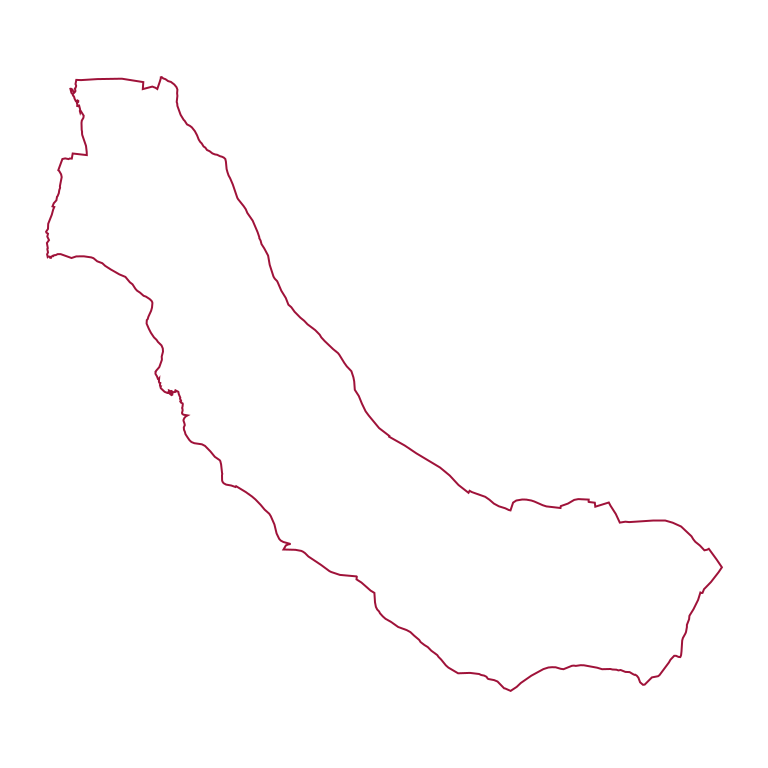 Dabaca, Cluj, Romania (orthographic projection)
{"feature_id": "2599482B33158001098606", "entity_name": "Dabaca", "entity_type": "district", "adm_level": 2, "iso_a3": "ROU", "parent_name": "Romania", "parent_adm1": "Cluj", "projection": "orthographic", "projection_center": [23.677, 46.974], "detail": "fine", "context": "isolated", "style": "outline", "palette": "rose", "viewbox_px": 768, "rotation_deg": 0, "n_neighbors": 0, "source": "geoboundaries", "source_scale": "gbopen_adm2", "svg_char_len": 5979}
<svg xmlns="http://www.w3.org/2000/svg" viewBox="0 0 768 768"><path d="M721.9,567.3L716.4,559.2L708.8,548.8L707.2,549.7L704.4,550.3L699.9,545.5L695.3,541.8L693.3,539.3L691.5,536.3L681.1,526.5L672.7,522.7L665.1,520.5L653.7,520.5L629.2,522.1L625.4,521.7L619.8,522.6L615.8,514.0L610.5,505.7L608.8,502.5L595.3,506.7L594.8,502.7L588.9,502.0L588.6,501.8L588.7,499.6L578.3,499.1L574.2,499.9L567.9,503.6L560.8,506.1L560.5,508.0L546.4,506.4L542.7,505.2L534.3,501.5L531.3,500.5L526.2,499.6L522.3,499.5L516.3,500.5L513.1,502.6L510.5,510.4L508.8,510.0L505.3,508.3L498.9,506.3L493.9,503.6L489.4,499.7L485.2,496.8L471.9,492.1L469.6,490.8L468.5,492.8L458.5,485.0L449.7,475.5L440.0,467.5L416.3,453.3L404.7,445.5L389.1,436.7L389.4,436.0L379.1,428.1L368.7,415.5L365.6,411.3L361.9,403.6L358.8,396.0L354.8,389.8L354.2,381.4L353.4,377.3L351.4,371.2L346.8,366.4L344.3,362.9L339.2,354.6L337.9,353.0L333.2,349.2L324.8,341.2L321.3,337.4L319.7,334.7L315.2,330.1L307.5,324.3L304.1,320.7L300.4,317.7L294.6,311.8L291.3,307.2L288.4,304.7L285.8,298.0L281.3,290.7L277.7,282.3L277.1,281.1L274.7,278.6L273.5,276.6L269.7,264.8L268.1,255.6L264.2,248.3L261.5,244.1L260.6,240.6L259.3,238.2L259.3,237.2L257.6,232.2L252.7,220.7L247.3,212.9L245.8,209.3L243.7,206.2L238.1,199.2L237.3,197.8L232.8,184.5L230.1,178.2L228.6,175.5L227.5,172.3L226.6,169.0L225.9,161.6L225.3,159.0L223.8,157.6L221.9,156.7L220.0,156.2L217.2,154.8L214.9,154.4L212.4,153.4L209.6,151.2L207.0,150.0L205.3,147.6L203.6,146.5L201.7,143.4L200.2,141.9L198.7,139.5L197.1,135.4L194.9,131.2L191.8,127.3L189.8,125.8L187.0,124.4L184.6,120.7L183.7,119.9L180.6,114.8L177.4,105.9L177.2,103.5L176.7,102.0L177.4,95.9L177.1,93.3L177.4,89.6L176.5,87.2L174.3,84.5L170.9,81.9L168.1,81.1L165.5,79.2L163.2,78.4L161.7,77.1L160.8,77.3L160.8,78.3L159.9,81.4L157.3,89.0L155.5,87.8L152.3,86.6L142.8,89.1L143.3,82.1L121.8,78.7L97.3,79.1L81.0,80.1L76.3,79.9L75.5,84.1L76.1,85.4L76.1,86.2L75.6,87.8L74.9,88.5L75.4,90.6L75.3,91.5L74.0,92.9L73.4,91.3L72.7,90.7L72.5,89.6L70.9,88.7L70.4,88.8L71.4,92.8L72.5,94.0L73.1,95.7L73.6,96.0L74.2,97.1L74.5,98.5L75.9,101.3L76.7,101.7L76.9,101.3L76.7,100.9L77.5,100.4L78.3,101.0L78.2,101.7L77.6,101.5L77.3,102.6L76.9,102.8L77.0,103.6L77.3,104.1L77.2,106.0L78.2,106.2L78.4,105.6L79.1,105.5L80.0,108.9L80.1,110.1L79.8,110.9L80.3,112.7L80.9,111.2L83.7,115.7L83.4,117.8L81.8,120.6L81.5,122.9L81.7,129.9L82.1,132.0L82.0,132.7L82.2,134.8L86.0,145.9L86.7,151.9L86.8,155.1L72.7,153.5L71.8,158.6L69.7,158.5L68.6,159.1L65.2,158.4L62.4,159.0L58.3,170.2L59.2,171.0L61.1,174.3L61.7,177.1L59.9,186.2L60.1,187.8L59.3,190.0L58.8,193.2L57.5,196.3L57.0,196.8L56.4,200.3L53.8,203.2L52.5,206.4L54.3,207.0L53.2,209.5L51.8,214.7L48.2,223.8L48.0,228.9L46.1,231.7L46.4,232.6L48.0,233.7L47.3,236.6L49.0,240.1L46.9,243.0L47.8,248.2L47.3,249.0L48.0,252.4L47.1,254.3L47.7,257.0L48.3,256.5L49.7,256.7L49.9,257.6L50.9,257.9L51.3,257.4L51.4,256.7L52.7,255.8L53.3,256.1L54.1,255.2L55.7,255.1L57.7,254.1L60.6,254.1L71.5,258.0L76.3,256.4L83.7,256.3L91.3,257.4L93.5,258.2L97.2,261.3L102.3,263.2L105.2,265.9L111.0,269.6L119.4,274.4L125.4,276.9L129.9,282.3L132.5,284.3L135.4,288.8L137.1,290.7L140.0,292.6L143.6,295.8L145.9,296.6L149.6,299.0L151.5,300.8L152.3,302.3L152.4,303.2L152.0,307.6L151.1,310.8L148.4,316.7L147.7,319.1L146.8,320.1L146.6,323.6L148.8,328.7L150.9,332.8L154.0,337.4L156.5,339.8L158.0,342.0L161.5,345.4L162.8,348.5L163.0,351.6L161.7,356.6L161.9,359.2L161.8,360.1L159.3,367.1L156.2,370.7L155.6,371.6L155.8,371.8L155.4,373.0L155.6,374.1L157.0,376.4L158.0,379.1L158.6,379.3L159.1,378.6L158.9,381.2L159.2,382.6L160.3,383.0L159.9,385.0L160.3,386.4L160.8,386.4L160.5,387.1L160.8,388.2L164.6,391.8L167.5,393.0L167.9,393.0L168.2,392.4L171.5,395.1L172.3,394.7L172.4,393.6L170.6,391.8L169.1,391.1L169.0,390.5L170.6,391.2L171.6,391.0L172.2,391.8L173.5,392.2L175.4,391.9L175.3,390.5L175.4,390.3L178.3,391.8L178.8,394.2L180.3,397.7L180.0,398.8L181.1,400.6L181.1,401.0L180.3,401.4L180.5,401.8L181.0,402.6L182.6,403.4L182.8,404.1L182.5,406.8L182.1,408.0L182.5,408.9L182.6,410.6L182.0,412.9L182.2,413.7L183.4,414.7L187.6,415.4L185.8,416.4L184.5,417.8L183.6,419.6L183.5,420.7L184.4,423.3L184.8,425.1L183.8,427.4L184.0,429.8L184.8,431.6L185.5,434.2L187.7,437.6L189.5,440.2L191.4,442.0L194.3,443.2L201.9,444.3L205.0,445.9L210.4,451.4L214.8,456.8L219.6,460.1L220.3,461.1L221.1,464.4L222.1,473.4L222.3,473.8L222.0,475.1L222.1,480.4L222.5,481.7L223.6,483.2L226.1,484.6L231.2,485.5L235.5,487.0L236.1,486.2L245.7,492.0L252.0,496.5L255.5,499.5L260.7,504.9L264.6,509.6L269.3,513.8L270.8,516.2L274.4,524.4L276.6,533.5L279.2,538.9L280.8,540.6L283.4,542.0L290.6,544.0L288.3,544.4L285.9,545.4L283.5,549.5L295.3,549.8L301.3,550.9L303.0,551.7L305.0,553.1L308.4,556.5L321.3,565.1L329.4,571.1L331.2,572.0L339.9,574.9L356.5,576.4L356.8,576.7L356.5,579.4L361.4,582.5L370.6,590.6L374.4,592.9L375.0,602.3L375.9,606.9L377.2,609.5L379.1,611.5L380.0,613.3L382.8,616.4L385.5,618.8L391.0,621.9L398.2,627.0L406.7,630.1L410.4,632.1L414.2,635.7L419.2,639.9L420.6,642.1L424.4,645.0L427.8,647.1L431.3,650.7L437.3,655.1L438.5,656.9L441.1,659.5L445.9,665.4L448.4,667.6L458.1,673.3L470.0,672.9L479.1,674.0L481.2,675.0L484.2,675.6L486.5,676.8L487.7,678.6L488.4,679.0L494.1,680.1L497.5,681.5L504.1,688.3L505.2,688.5L510.6,690.9L516.7,686.9L520.8,683.0L531.3,675.7L543.4,669.1L548.4,667.5L552.0,667.2L555.7,667.3L560.7,668.8L563.5,669.2L571.9,665.8L573.9,665.6L575.8,665.9L580.6,665.2L584.0,665.3L597.1,667.7L602.1,669.2L610.4,669.0L612.5,669.5L616.4,669.7L618.4,670.4L620.6,670.0L625.4,671.9L629.6,672.1L633.1,674.2L634.6,674.9L635.2,674.7L636.8,675.7L638.4,677.7L640.1,682.3L643.0,684.8L644.7,684.6L651.9,677.4L658.1,676.2L659.5,675.1L668.9,662.5L670.5,659.7L674.2,655.8L676.0,655.8L678.5,656.9L680.2,657.1L680.5,656.7L681.1,655.0L681.5,651.4L682.2,640.5L682.9,638.0L685.4,633.5L686.0,632.0L686.9,627.1L686.9,624.9L689.1,619.2L689.4,615.9L689.9,615.0L693.5,609.2L698.1,599.9L700.4,592.5L701.5,593.0L702.5,592.9L704.0,589.2L710.9,582.1L718.6,572.2L721.9,567.3Z" fill="none" stroke="#9f1239" stroke-width="2"/></svg>